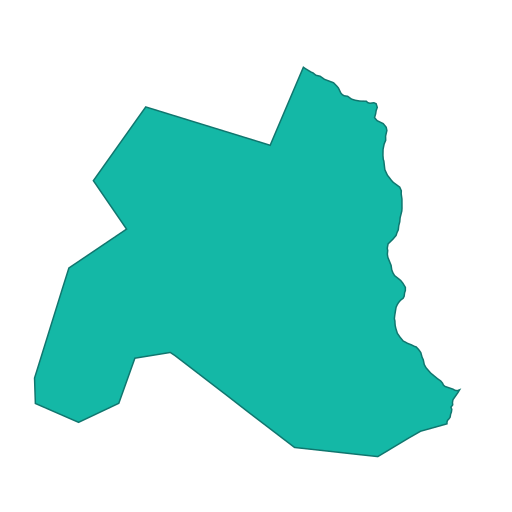 outline of Floriano, Piauí, Brazil, rotated 94°
{"feature_id": "56859067B20449899107931", "entity_name": "Floriano", "entity_type": "district", "adm_level": 2, "iso_a3": "BRA", "parent_name": "Brazil", "parent_adm1": "Piauí", "projection": "orthographic", "projection_center": [-43.121, -7.002], "detail": "fine", "context": "isolated", "style": "filled", "palette": "teal", "viewbox_px": 512, "rotation_deg": 94, "n_neighbors": 0, "source": "geoboundaries", "source_scale": "gbopen_adm2", "svg_char_len": 1922}
<svg xmlns="http://www.w3.org/2000/svg" viewBox="0 0 512 512"><g transform="rotate(94 256 256)"><path d="M93.9,156.8L94.1,160.4L94.2,163.1L93.7,168.0L92.8,171.7L90.3,175.7L90.0,179.3L89.0,181.2L87.6,182.7L82.7,185.5L81.1,187.0L77.8,190.7L75.0,200.0L72.2,204.6L71.5,208.9L69.3,212.0L68.8,213.7L65.6,219.9L64.4,221.9L144.6,249.6L144.1,251.6L115.0,376.4L192.2,423.5L238.2,387.0L251.1,403.5L281.0,441.8L303.1,447.1L305.7,447.7L386.1,466.7L393.2,468.4L418.5,465.8L434.3,421.4L412.5,382.6L366.4,369.7L358.2,334.8L360.9,330.0L399.0,272.5L400.5,270.3L411.5,253.9L444.3,204.2L446.9,139.1L447.6,120.5L426.8,90.8L419.3,79.6L410.1,53.8L408.1,53.9L406.5,53.4L405.1,52.2L403.2,51.1L400.1,50.8L398.1,50.2L395.3,50.0L393.2,51.0L390.8,49.4L388.4,49.8L385.6,49.5L378.1,45.0L375.3,43.6L376.3,45.7L376.1,48.2L375.1,50.2L372.9,58.5L371.6,60.1L369.9,61.0L367.8,63.0L365.6,66.6L360.6,73.6L355.5,78.7L352.5,80.6L347.9,81.9L345.3,83.3L340.8,84.9L337.9,87.3L335.5,89.9L335.1,91.7L333.8,94.7L332.5,98.9L331.3,101.4L330.6,103.2L326.8,106.8L325.0,108.2L323.3,109.6L321.5,110.3L318.4,111.5L315.7,112.3L313.1,112.7L311.2,112.9L308.8,113.6L306.4,113.5L304.7,113.4L301.6,113.1L297.4,112.7L294.7,111.7L292.6,110.6L290.1,108.8L287.9,106.3L285.8,105.4L282.3,105.2L280.0,104.6L276.9,104.8L272.9,107.6L270.3,110.0L265.9,116.4L263.3,118.2L260.4,119.6L255.9,120.6L248.1,124.4L245.0,125.1L241.4,125.0L239.1,125.6L234.7,125.1L229.8,120.7L225.7,117.7L222.8,117.0L220.0,115.9L215.6,115.7L211.9,115.0L207.8,114.9L201.0,113.7L198.3,113.7L189.0,114.4L183.8,115.5L180.8,115.6L177.3,117.4L173.0,124.2L171.0,126.3L169.4,127.7L166.3,130.5L164.9,131.3L160.9,133.5L157.2,134.2L152.4,135.1L150.7,135.8L146.7,136.4L140.8,136.7L135.4,136.0L131.5,134.7L127.3,135.1L121.7,134.2L118.5,135.1L115.1,138.3L112.5,144.7L109.7,147.4L105.9,146.6L102.6,146.3L99.3,145.4L95.7,146.8L94.9,149.1L95.7,153.0L95.2,155.2L93.9,156.8Z" fill="#14b8a6" stroke="#0f766e" stroke-width="1.5"/></g></svg>